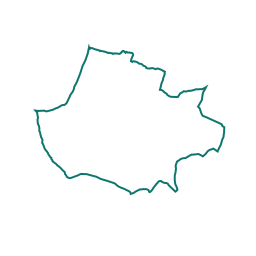 the district of Middle Bush Tanna, Tafea, Vanuatu, rotated 296°
{"feature_id": "77236927B24909731902413", "entity_name": "Middle Bush Tanna", "entity_type": "district", "adm_level": 2, "iso_a3": "VUT", "parent_name": "Vanuatu", "parent_adm1": "Tafea", "projection": "natural_earth1", "projection_center": [169.321, -19.465], "detail": "fine", "context": "isolated", "style": "outline", "palette": "teal", "viewbox_px": 256, "rotation_deg": 296, "n_neighbors": 0, "source": "geoboundaries", "source_scale": "gbopen_adm2", "svg_char_len": 3796}
<svg xmlns="http://www.w3.org/2000/svg" viewBox="0 0 256 256"><g transform="rotate(296 128 128)"><path d="M197.2,98.8L196.9,98.1L196.5,96.3L195.6,94.6L195.8,93.3L195.4,92.9L194.5,92.7L194.8,91.9L195.2,91.2L195.2,90.2L195.0,89.6L194.7,89.4L194.2,89.5L193.5,88.9L192.5,88.8L192.1,88.5L191.3,88.2L190.9,87.8L190.6,87.2L190.1,85.3L189.4,84.0L189.3,83.8L189.0,83.0L189.0,82.8L188.0,82.0L188.0,81.6L188.2,81.2L188.2,80.7L187.6,79.6L187.5,78.7L187.2,77.8L187.2,77.7L186.7,77.3L186.6,77.1L186.7,75.7L186.3,73.1L185.7,71.1L185.3,69.2L184.8,69.0L185.0,68.0L185.0,67.1L184.3,64.0L184.1,61.5L184.2,61.3L183.7,59.9L183.6,59.0L183.4,58.8L183.0,58.7L182.6,58.8L182.3,58.9L182.2,58.9L182.0,58.7L183.2,57.8L183.4,57.6L177.2,59.2L175.3,59.4L170.5,60.0L167.5,60.0L165.8,60.0L163.5,60.0L157.9,60.9L153.0,61.4L146.6,61.9L142.2,61.7L141.2,61.7L139.1,62.3L136.6,62.4L132.1,61.7L130.3,61.9L126.2,61.9L124.6,61.9L123.4,61.9L121.0,60.9L120.4,59.9L119.5,58.6L115.9,56.3L114.7,55.2L113.7,54.2L111.7,52.7L110.0,50.8L108.4,48.9L107.1,47.3L106.9,45.2L105.2,42.0L104.0,39.9L103.1,37.2L102.1,39.5L100.7,40.5L99.3,41.4L98.0,42.6L95.9,43.0L93.0,44.7L92.0,45.4L91.2,46.6L90.0,47.7L88.8,48.5L86.4,49.6L85.5,50.9L83.8,52.1L81.6,54.0L80.9,55.1L79.9,56.3L77.0,57.4L76.2,58.7L75.1,59.9L74.1,61.0L72.9,62.2L71.9,63.9L71.7,64.6L70.5,66.9L69.2,68.3L68.6,69.6L68.1,70.3L67.6,71.5L67.5,72.3L66.6,72.6L66.1,73.6L65.8,74.3L65.2,74.5L64.7,76.1L64.7,76.4L64.4,77.6L64.2,79.1L63.4,81.0L63.2,82.1L63.0,83.3L62.5,85.0L61.0,88.8L60.8,90.3L59.1,91.5L58.6,92.6L57.2,94.7L57.2,97.1L57.8,98.3L63.1,103.4L66.0,105.7L68.4,111.1L70.0,119.4L70.3,120.6L70.3,126.0L71.3,131.9L72.1,137.7L72.4,140.5L71.3,144.4L71.3,147.1L71.3,148.6L71.6,150.1L71.6,151.2L71.6,152.4L71.6,154.5L71.6,157.2L71.1,158.4L70.0,159.3L71.9,161.4L72.5,161.8L73.6,162.4L74.6,163.0L77.9,165.5L78.1,165.8L78.4,166.3L78.6,167.0L79.3,167.8L79.8,168.6L80.2,169.4L80.5,170.3L80.8,170.6L81.1,171.4L81.2,173.0L81.2,173.4L81.2,173.6L80.1,174.8L79.8,175.4L80.5,176.1L80.8,176.2L81.3,176.3L82.2,176.7L85.4,177.1L86.9,177.4L89.7,178.0L90.0,178.0L91.5,178.6L91.9,178.6L92.4,178.7L93.8,179.2L94.9,181.0L94.5,181.8L94.6,184.7L95.0,185.9L95.4,186.7L95.4,187.8L95.3,188.3L95.0,188.9L94.6,189.3L94.3,189.9L91.6,198.5L92.2,198.9L94.2,199.5L96.2,197.7L98.3,195.1L101.9,192.7L105.9,190.8L108.9,190.2L112.6,188.9L115.0,187.3L119.3,186.8L121.7,188.2L123.1,188.9L124.8,190.5L126.3,193.0L128.8,194.6L129.6,195.1L132.0,196.8L132.6,198.2L133.8,200.1L135.5,202.7L135.5,204.5L135.5,206.4L135.3,207.7L138.6,209.1L142.2,209.9L143.7,210.7L146.9,213.8L146.2,218.8L146.9,218.7L151.2,218.7L153.3,218.8L158.8,217.8L161.6,217.8L166.4,216.2L170.9,214.2L171.2,211.8L172.4,210.6L172.4,208.9L172.0,193.7L171.7,189.8L173.3,187.5L177.0,183.9L177.7,182.1L177.9,181.6L185.6,182.1L190.4,180.5L193.4,179.9L196.3,180.2L198.8,180.2L198.1,179.8L196.4,178.4L195.3,177.6L194.5,175.6L193.3,173.9L193.1,173.2L192.7,172.2L192.0,171.5L191.2,170.7L190.1,169.6L190.1,169.3L189.6,168.9L188.6,167.5L188.3,166.9L188.2,166.4L186.4,164.4L185.8,163.3L185.6,162.1L182.7,160.4L182.0,159.7L181.4,159.7L177.7,159.2L177.6,158.6L177.0,157.8L176.9,157.5L176.3,156.3L175.9,155.2L175.1,153.5L174.7,152.1L174.7,150.6L175.0,148.9L175.8,147.5L175.9,146.1L176.1,144.8L176.6,143.5L176.8,142.6L176.8,141.2L176.3,140.0L180.1,139.2L182.4,138.6L186.8,138.3L188.3,137.8L192.6,137.4L193.1,136.9L194.7,136.5L194.8,135.5L194.8,134.2L194.9,132.9L194.9,131.9L194.7,129.9L194.5,128.5L192.9,126.9L192.9,125.6L192.6,123.9L192.2,123.3L191.9,122.6L190.9,121.4L190.0,119.0L190.0,118.0L190.7,117.4L190.9,116.3L190.8,115.1L190.8,114.2L191.1,113.4L191.4,112.5L191.4,111.6L190.9,110.5L190.7,109.6L191.1,108.1L191.1,107.0L190.9,105.6L190.7,104.4L190.0,103.1L189.3,102.9L189.3,101.4L191.3,100.8L195.9,100.6L196.6,100.1L197.2,98.8Z" fill="none" stroke="#0f766e" stroke-width="2"/></g></svg>